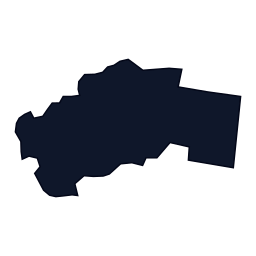 the district of Presidente Lucena, Rio Grande do Sul, Brazil
{"feature_id": "56859067B94110743139040", "entity_name": "Presidente Lucena", "entity_type": "district", "adm_level": 2, "iso_a3": "BRA", "parent_name": "Brazil", "parent_adm1": "Rio Grande do Sul", "projection": "mercator", "projection_center": [-51.191, -29.525], "detail": "fine", "context": "isolated", "style": "filled", "palette": "ink", "viewbox_px": 256, "rotation_deg": 0, "n_neighbors": 0, "source": "geoboundaries", "source_scale": "gbopen_adm2", "svg_char_len": 753}
<svg xmlns="http://www.w3.org/2000/svg" viewBox="0 0 256 256"><path d="M233.3,167.7L240.6,96.5L206.8,91.8L178.1,86.9L181.8,69.3L169.1,68.3L142.9,70.3L128.2,59.4L120.0,61.3L114.0,65.3L107.6,67.0L102.7,72.3L94.9,74.3L84.6,74.6L78.8,81.6L78.2,89.2L79.7,95.4L71.3,96.5L63.2,96.5L59.5,103.0L52.2,103.1L47.6,109.3L42.8,116.3L33.8,118.2L30.4,111.8L24.6,114.4L19.2,118.2L16.5,123.3L15.4,131.9L20.9,141.5L21.2,151.6L22.2,159.2L29.0,156.1L37.3,158.1L40.1,166.7L34.7,173.4L43.6,190.2L49.6,195.2L55.8,196.6L62.9,195.9L72.1,194.8L77.7,195.5L74.8,183.7L84.0,175.7L93.4,176.4L103.3,176.0L109.3,174.0L120.6,163.8L131.9,162.7L142.6,165.4L146.0,157.8L156.9,157.8L170.0,142.5L189.3,146.9L188.4,160.1L233.3,167.7Z" fill="#0f172a" stroke="#020617" stroke-width="1.5"/></svg>